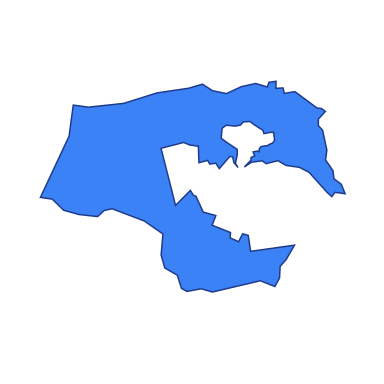 the district of Bukhara, Bukhoro, Uzbekistan, rotated 78°
{"feature_id": "79887680B68174345072699", "entity_name": "Bukhara", "entity_type": "district", "adm_level": 2, "iso_a3": "UZB", "parent_name": "Uzbekistan", "parent_adm1": "Bukhoro", "projection": "orthographic", "projection_center": [64.472, 39.582], "detail": "fine", "context": "isolated", "style": "filled", "palette": "blue", "viewbox_px": 384, "rotation_deg": 78, "n_neighbors": 0, "source": "geoboundaries", "source_scale": "gbopen_adm2", "svg_char_len": 1586}
<svg xmlns="http://www.w3.org/2000/svg" viewBox="0 0 384 384"><g transform="rotate(78 192 192)"><path d="M82.3,290.1L111.8,300.6L165.8,341.4L169.9,330.2L183.2,321.3L190.5,307.3L196.4,289.5L191.8,281.6L191.8,273.6L210.5,244.6L227.0,229.2L247.3,235.3L260.7,234.4L270.3,223.7L284.1,222.3L288.2,217.6L288.6,203.1L294.1,192.8L293.0,143.7L301.7,130.6L294.4,124.3L283.0,121.2L277.7,114.0L265.3,102.8L262.2,147.0L246.1,146.0L243.4,151.1L250.3,156.8L244.8,164.2L239.7,162.8L228.7,179.2L220.0,173.6L214.0,185.2L197.0,189.0L195.6,191.3L190.1,193.2L201.7,210.9L142.8,213.2L141.8,189.8L145.4,184.7L148.6,176.3L164.8,179.1L164.3,170.2L168.4,168.8L168.8,162.7L174.8,160.4L165.1,147.7L166.0,144.9L172.0,144.9L177.6,141.9L173.0,143.6L168.0,141.3L164.6,139.9L162.0,139.3L159.6,139.0L151.1,147.3L145.5,152.3L135.9,149.3L133.8,144.7L136.6,135.7L136.6,130.7L134.1,127.4L135.1,120.6L139.3,117.0L146.4,109.8L149.9,109.5L149.9,103.7L150.6,99.8L158.7,100.5L160.9,103.0L161.2,105.2L162.4,109.0L162.0,112.1L162.0,115.2L164.1,117.4L166.6,117.8L165.5,119.9L165.5,123.9L169.8,123.2L170.5,127.1L173.0,127.5L178.4,135.6L175.2,127.6L176.1,116.9L179.7,113.6L179.2,101.5L185.6,94.4L190.2,81.8L197.1,73.4L220.5,59.9L225.6,56.2L222.1,52.2L225.5,42.6L215.4,44.4L208.5,50.5L200.7,49.6L188.3,54.7L179.1,51.4L158.8,51.4L153.3,54.6L146.9,53.2L140.9,44.8L137.2,48.1L135.8,52.3L115.2,70.5L114.7,81.2L109.1,81.4L108.1,88.4L101.2,86.8L100.7,93.8L104.9,96.5L99.1,107.2L99.2,121.7L102.9,137.9L97.2,150.8L88.7,159.4L89.8,173.4L87.8,205.6L91.1,240.6L87.5,275.6L82.3,290.1Z" fill="#3b82f6" stroke="#1e3a8a" stroke-width="1.5"/></g></svg>